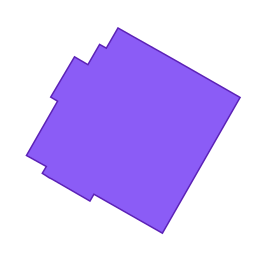 outline of Wyandot, Ohio, United States of America, rotated 30°
{"feature_id": "52423323B18569406073310", "entity_name": "Wyandot", "entity_type": "district", "adm_level": 2, "iso_a3": "USA", "parent_name": "United States of America", "parent_adm1": "Ohio", "projection": "mercator", "projection_center": [-83.399, 40.84], "detail": "fine", "context": "isolated", "style": "filled", "palette": "violet", "viewbox_px": 256, "rotation_deg": 30, "n_neighbors": 0, "source": "geoboundaries", "source_scale": "gbopen_adm2", "svg_char_len": 375}
<svg xmlns="http://www.w3.org/2000/svg" viewBox="0 0 256 256"><g transform="rotate(30 128 128)"><path d="M84.6,46.3L69.3,46.4L69.3,69.7L61.6,69.8L61.6,93.2L46.1,93.1L45.6,139.9L53.6,140.0L53.8,202.6L76.5,202.2L76.4,210.1L84.8,210.5L87.2,210.3L131.6,210.3L131.6,202.4L210.4,201.9L209.8,45.5L131.5,45.8L84.6,46.3Z" fill="#8b5cf6" stroke="#5b21b6" stroke-width="1.5"/></g></svg>